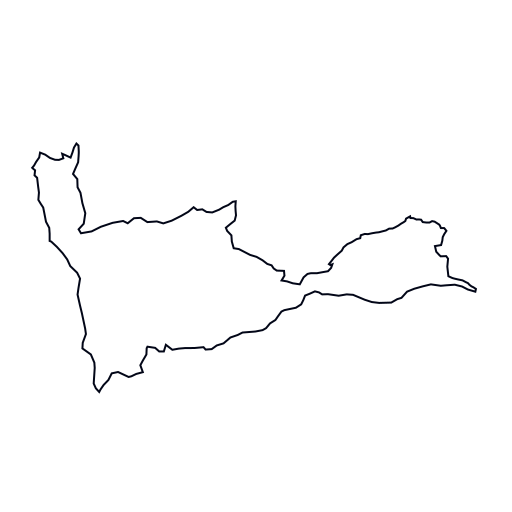 Kathikas, Paphos, Cyprus (Robinson projection), rotated 176°
{"feature_id": "46923920B37221466711633", "entity_name": "Kathikas", "entity_type": "district", "adm_level": 2, "iso_a3": "CYP", "parent_name": "Cyprus", "parent_adm1": "Paphos", "projection": "robinson", "projection_center": [32.401, 34.906], "detail": "fine", "context": "isolated", "style": "outline", "palette": "ink", "viewbox_px": 512, "rotation_deg": 176, "n_neighbors": 0, "source": "geoboundaries", "source_scale": "gbopen_adm2", "svg_char_len": 3192}
<svg xmlns="http://www.w3.org/2000/svg" viewBox="0 0 512 512"><g transform="rotate(176 256 256)"><path d="M314.8,309.0L320.5,304.8L327.7,301.3L337.7,297.1L346.2,295.0L352.5,297.4L362.0,297.4L368.3,302.1L375.1,302.2L381.7,297.6L386.1,300.2L396.7,299.1L408.7,296.0L418.3,292.0L429.0,290.9L431.1,295.0L425.6,300.2L423.3,310.6L425.5,320.8L426.7,331.3L429.2,337.0L428.9,345.2L432.8,350.6L430.3,355.5L426.9,361.9L426.0,368.0L425.6,371.3L425.5,372.8L425.4,378.6L427.3,380.7L430.0,376.9L431.9,372.0L434.1,367.1L439.5,370.1L442.2,371.5L441.4,366.9L445.9,365.6L449.8,366.0L454.7,368.2L459.2,371.8L464.2,374.2L465.4,369.4L468.8,365.2L471.1,361.7L473.1,359.6L472.0,358.4L470.4,356.9L471.3,351.9L468.9,349.3L468.5,340.7L468.1,334.4L469.2,327.2L467.0,322.9L464.9,319.2L464.4,315.3L463.1,304.8L460.3,298.5L460.3,292.6L460.8,285.4L459.2,284.6L454.0,279.0L448.7,272.3L444.6,265.8L442.0,258.9L435.6,251.8L433.1,245.7L435.3,236.5L436.7,230.0L435.0,218.8L433.7,211.2L431.5,195.6L431.1,190.0L434.9,181.5L435.6,175.9L427.6,169.3L424.7,160.9L424.7,155.6L426.8,140.1L425.0,135.2L421.9,131.3L420.5,133.6L417.0,138.0L411.9,142.6L408.1,149.0L401.7,149.9L391.5,144.2L388.7,144.7L383.7,146.7L377.0,148.0L379.0,155.1L376.3,159.4L372.2,165.4L371.5,171.6L370.6,173.1L363.0,171.4L359.2,167.5L354.6,167.2L352.1,173.7L346.0,168.3L339.4,169.0L333.2,169.1L323.8,168.5L314.7,168.7L312.8,166.2L306.7,166.2L301.4,169.5L294.5,171.1L287.2,176.5L279.7,178.5L274.8,180.6L261.9,180.7L254.6,181.6L251.0,183.3L246.7,187.8L241.1,190.8L238.3,194.3L234.5,198.8L231.5,200.0L226.5,200.7L219.8,201.6L214.3,204.6L211.9,208.7L209.8,213.1L205.1,214.6L199.7,216.6L195.7,215.3L192.7,213.1L186.9,212.9L176.3,210.6L168.2,211.4L161.9,210.5L150.6,204.8L143.7,202.0L136.4,200.6L124.3,200.1L118.1,203.1L113.8,204.1L107.8,209.9L100.4,212.3L91.7,214.1L83.5,215.5L73.7,213.4L68.3,213.5L59.7,213.5L52.6,211.2L47.0,207.8L39.7,205.1L38.9,207.8L41.4,209.7L43.2,210.7L45.1,212.4L46.5,214.2L48.2,215.1L51.7,217.3L56.0,218.5L59.3,219.5L61.6,220.3L65.5,222.4L65.9,232.0L64.6,239.9L66.3,242.6L71.8,242.8L73.1,244.2L75.9,247.7L76.8,253.4L70.6,254.0L69.1,258.2L68.4,261.8L66.7,264.7L64.3,267.8L66.3,270.7L69.6,271.0L70.3,273.2L71.0,274.5L75.4,277.8L77.9,278.5L80.5,277.3L83.7,277.5L87.3,278.2L88.8,280.7L90.9,281.1L93.4,281.2L96.4,282.8L99.3,283.1L99.5,284.8L101.0,284.1L103.7,282.8L104.6,280.5L106.4,279.4L109.1,278.1L111.9,276.4L115.4,274.8L117.8,273.9L121.3,274.0L124.7,272.4L128.1,271.8L131.8,271.1L134.7,271.0L138.7,270.6L142.8,270.0L146.0,270.4L150.0,269.4L150.8,266.5L154.5,265.8L159.6,263.1L164.0,261.5L168.1,258.5L170.1,255.3L174.8,251.7L178.3,248.9L181.2,245.6L183.8,242.8L182.5,241.8L180.4,242.4L181.9,238.9L185.2,235.8L190.9,235.2L196.2,234.6L202.8,235.0L205.9,234.5L210.0,231.4L214.3,224.7L221.2,226.2L226.8,228.5L232.2,229.8L229.0,234.4L229.1,239.2L232.6,239.6L236.3,240.0L239.2,242.3L241.1,245.6L245.3,247.3L249.8,251.3L255.5,255.1L261.8,257.5L272.6,264.1L277.7,265.3L279.1,272.1L279.1,278.3L283.0,283.0L284.1,286.3L279.2,289.8L274.8,292.8L273.1,298.0L273.2,302.3L273.1,307.0L272.4,312.0L275.4,311.7L280.1,308.8L285.2,307.0L289.5,304.8L296.6,302.5L302.3,303.4L306.3,306.3L311.5,306.0L314.8,309.0Z" fill="none" stroke="#020617" stroke-width="2"/></g></svg>